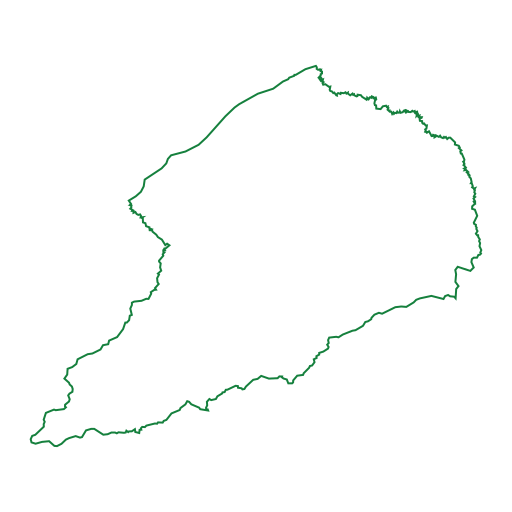 Riohacha, La Guajira, Colombia
{"feature_id": "7082276B41074866331491", "entity_name": "Riohacha", "entity_type": "district", "adm_level": 2, "iso_a3": "COL", "parent_name": "Colombia", "parent_adm1": "La Guajira", "projection": "albers", "projection_center": [-72.946, 11.235], "detail": "fine", "context": "isolated", "style": "outline", "palette": "green", "viewbox_px": 512, "rotation_deg": 0, "n_neighbors": 0, "source": "geoboundaries", "source_scale": "gbopen_adm2", "svg_char_len": 5993}
<svg xmlns="http://www.w3.org/2000/svg" viewBox="0 0 512 512"><path d="M472.2,206.3L475.0,203.7L473.7,201.5L474.4,201.1L475.1,202.1L475.1,201.3L473.5,198.5L475.1,197.0L473.9,196.3L475.3,193.7L474.3,192.3L474.9,190.2L474.2,189.7L475.1,188.1L473.9,188.5L472.1,187.3L472.8,186.2L471.7,183.1L471.0,183.1L471.6,182.0L470.8,178.4L469.3,176.8L469.6,175.6L468.5,174.9L469.0,174.5L466.9,172.4L468.1,171.9L466.1,170.0L464.7,170.2L465.4,169.1L464.2,168.5L465.8,167.5L464.1,165.5L464.3,164.6L463.7,164.7L464.2,163.1L463.2,161.7L464.1,161.1L464.4,159.6L461.8,153.6L460.8,153.5L460.3,151.3L461.4,150.4L458.9,148.1L459.7,147.5L458.8,145.8L454.9,144.5L455.1,142.4L450.3,137.7L448.7,137.7L447.2,139.0L445.9,137.0L444.9,137.7L444.0,136.9L443.0,138.1L441.1,137.3L440.1,135.7L438.9,136.9L436.0,135.4L435.7,136.6L434.5,137.3L434.5,135.3L433.1,134.8L432.6,136.0L431.6,136.1L429.0,131.3L426.2,133.2L426.9,131.9L425.2,131.7L425.7,130.4L425.2,129.4L426.4,128.6L426.9,125.4L425.7,125.5L424.0,123.4L423.2,123.8L422.2,122.8L422.1,121.1L419.9,120.8L419.5,118.0L421.5,117.9L421.8,117.2L418.9,117.1L419.4,115.6L418.2,116.0L418.0,114.6L416.6,115.9L416.9,114.1L415.9,113.6L417.2,112.5L417.1,111.7L415.0,112.4L414.7,111.0L413.2,111.6L412.3,110.8L410.7,112.1L408.8,112.0L408.2,111.2L405.9,112.6L405.1,111.6L406.6,110.5L405.7,110.0L403.9,110.6L402.7,112.2L400.5,112.8L399.9,111.5L399.7,112.5L398.1,112.7L397.2,111.6L396.4,113.1L395.0,112.8L394.0,113.8L393.4,112.5L392.2,114.0L391.3,111.7L389.8,111.7L389.6,110.5L388.8,110.8L387.6,109.7L388.4,108.0L387.6,107.5L387.8,106.6L386.8,107.0L386.1,105.7L382.9,106.3L380.6,109.1L376.3,108.6L376.1,105.4L374.9,105.1L374.4,103.3L375.0,100.5L375.9,99.7L374.8,99.0L376.0,98.4L375.8,97.5L373.6,98.1L373.3,97.0L371.8,96.4L371.5,97.8L370.1,97.2L368.9,98.9L367.6,97.9L367.8,99.2L366.6,98.7L366.4,99.6L362.1,96.8L360.9,95.2L357.6,94.7L357.4,96.1L356.5,96.4L354.1,95.2L354.0,94.2L352.9,94.6L352.5,93.6L350.2,95.3L347.7,93.4L347.8,92.7L346.4,93.6L345.5,92.3L343.8,93.2L340.8,92.8L340.5,94.0L338.1,93.1L336.7,94.3L336.9,95.5L336.3,95.3L334.3,92.6L333.3,93.1L331.9,91.4L330.3,91.0L329.7,89.8L330.3,86.6L329.1,86.9L325.3,84.2L323.2,84.7L322.5,83.0L323.5,82.1L322.5,81.5L322.9,79.7L320.9,80.9L320.2,79.9L321.6,79.7L321.9,78.9L320.7,77.3L319.2,78.3L318.6,77.7L320.7,75.4L320.7,74.2L322.0,73.5L322.0,71.6L320.8,71.3L321.0,70.1L320.3,70.5L319.9,69.3L318.1,69.8L316.7,68.9L316.8,67.3L315.9,65.9L305.4,69.2L295.7,74.9L294.4,74.9L294.2,75.8L289.2,77.7L288.2,79.2L283.0,81.5L273.2,88.7L257.9,93.7L239.3,104.1L234.6,107.5L225.4,116.3L206.6,137.4L198.6,144.8L185.5,151.5L171.1,155.3L167.9,158.9L166.3,163.4L161.6,168.4L144.7,179.6L143.7,186.4L140.9,191.8L135.8,196.3L128.8,200.6L131.0,203.9L130.4,204.5L131.0,205.0L130.2,205.3L131.3,205.8L131.3,207.5L130.3,208.7L132.5,209.9L132.0,210.9L133.6,210.9L133.5,212.8L135.4,212.0L136.6,214.0L138.3,214.9L140.1,214.4L141.0,215.9L140.6,217.4L142.7,217.2L141.7,217.9L142.8,218.4L143.0,222.4L145.4,223.2L146.1,226.2L149.4,227.3L149.4,228.4L150.5,228.8L149.6,229.0L149.7,230.2L152.1,230.3L152.6,231.7L156.3,234.7L157.9,237.1L161.9,239.6L165.3,245.1L167.1,243.7L169.4,245.3L165.2,248.8L164.4,248.5L163.9,249.4L164.6,250.2L163.3,250.4L163.4,252.4L164.3,252.5L162.7,254.3L163.3,255.7L159.1,260.6L159.1,261.6L160.7,263.4L160.1,267.4L161.2,270.7L157.9,273.6L159.0,274.6L157.1,278.2L157.5,282.2L158.7,284.0L155.0,288.1L156.0,289.7L154.2,289.9L150.8,292.2L151.2,293.7L148.5,298.9L146.2,298.8L141.5,300.8L134.1,301.6L131.9,302.7L131.9,305.0L130.3,308.6L131.8,314.9L129.8,315.7L129.1,320.2L126.8,322.6L125.3,322.6L123.1,329.1L117.1,337.1L109.1,340.6L108.2,344.2L103.0,345.2L100.5,349.5L92.4,353.5L87.7,354.2L77.6,359.3L76.3,364.0L72.2,367.1L67.6,368.8L67.2,374.6L64.4,378.6L69.0,382.7L69.7,384.5L71.9,386.5L72.7,389.0L72.4,391.8L69.5,393.6L68.2,395.4L69.7,399.2L69.0,401.5L65.1,404.7L65.0,406.4L65.9,407.3L63.9,409.1L55.7,410.2L54.0,409.6L45.9,412.9L43.7,419.7L44.7,421.8L43.7,424.1L43.8,426.7L35.3,434.8L32.2,435.9L30.7,439.2L31.5,442.4L35.6,443.7L42.0,441.9L49.1,441.2L54.4,445.9L57.0,446.1L61.5,443.8L65.9,439.6L69.1,438.1L75.7,436.1L80.0,437.6L82.0,437.1L86.0,430.4L91.1,428.9L94.3,428.9L103.3,434.7L107.7,434.2L111.5,432.5L115.0,432.5L116.8,433.3L118.5,432.3L124.0,432.8L125.7,432.5L126.4,430.7L128.2,432.1L129.0,431.4L131.8,431.3L134.9,429.2L135.3,432.0L139.2,433.0L139.6,429.9L141.3,429.7L140.9,428.3L142.2,426.9L144.9,427.1L146.4,425.6L154.9,423.5L157.1,423.7L158.0,422.4L162.7,422.6L163.7,420.9L166.4,419.9L171.5,413.4L179.7,410.0L180.5,408.0L185.4,404.4L187.2,401.2L189.1,401.8L191.3,404.3L199.2,407.7L200.2,409.2L208.1,410.5L207.7,409.4L206.3,409.4L206.0,407.9L207.2,405.3L206.9,401.8L209.4,399.0L211.2,400.1L215.9,399.0L217.4,396.3L222.1,393.5L222.5,392.4L224.6,392.1L225.8,389.8L227.4,389.7L235.6,385.8L237.9,386.1L238.0,387.7L241.6,388.3L242.4,389.4L244.4,389.0L245.9,386.6L253.2,379.8L257.6,378.9L261.2,375.9L268.9,378.6L277.6,378.2L279.4,376.4L282.1,376.5L281.9,377.3L283.5,378.5L286.8,379.5L288.3,383.3L292.2,383.3L293.1,382.4L293.2,380.4L297.2,375.7L303.1,374.9L303.7,373.2L309.1,367.8L309.9,366.0L312.1,365.5L314.5,362.2L313.8,359.3L316.6,358.0L316.4,356.2L319.2,354.6L319.2,352.9L323.3,351.6L328.0,348.6L328.6,347.0L327.2,344.7L328.7,343.0L328.1,340.1L329.2,337.6L336.2,336.8L338.5,337.3L342.9,334.5L352.5,330.7L355.5,330.2L363.0,325.8L365.3,322.0L368.0,321.3L371.2,319.2L371.5,317.8L374.4,314.7L378.9,312.8L382.1,313.7L395.3,307.2L401.3,306.5L406.3,306.9L413.7,302.4L416.2,299.8L419.9,298.4L431.4,295.9L443.5,299.0L445.1,296.1L448.1,295.0L450.1,296.3L454.2,296.7L455.6,298.3L456.2,289.0L458.5,286.1L455.4,281.9L456.1,274.3L455.3,270.0L457.7,266.8L470.3,270.9L473.7,267.5L471.4,262.1L471.9,259.1L473.7,257.7L477.0,257.7L478.4,254.9L479.8,254.8L481.0,253.6L480.3,252.6L481.3,250.1L479.5,246.2L480.1,243.1L479.1,241.1L479.8,239.4L478.3,237.1L478.1,235.3L477.3,235.4L475.9,233.7L477.5,231.1L476.3,228.9L476.7,227.7L475.8,226.4L475.9,224.8L474.1,223.8L473.8,222.7L477.2,215.8L474.9,209.7L472.1,208.8L472.2,206.3Z" fill="none" stroke="#15803d" stroke-width="2"/></svg>